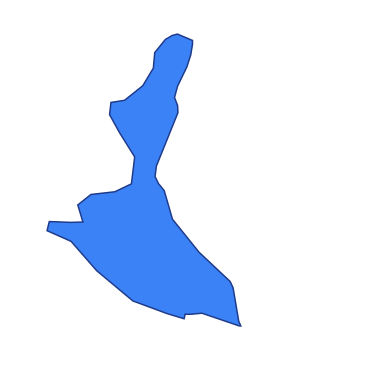 map outline of Engures (Equal Earth projection), rotated 36°
{"feature_id": "LVA-5759", "entity_name": "Engures", "entity_type": "Municipality", "adm_level": 1, "iso_a3": "LVA", "parent_name": "Latvia", "parent_adm1": "", "projection": "equal_earth", "projection_center": [23.268, 57.115], "detail": "fine", "context": "isolated", "style": "filled", "palette": "blue", "viewbox_px": 384, "rotation_deg": 36, "n_neighbors": 0, "source": "natural_earth", "source_scale": "10m", "svg_char_len": 726}
<svg xmlns="http://www.w3.org/2000/svg" viewBox="0 0 384 384"><g transform="rotate(36 192 192)"><path d="M103.3,69.1L105.5,72.0L110.4,81.8L114.3,93.7L118.1,114.8L122.3,125.8L129.6,130.6L134.0,136.1L147.9,191.8L153.0,201.2L159.9,204.9L168.7,207.2L192.2,225.5L233.1,236.6L275.5,242.0L281.6,245.4L305.8,269.1L310.2,271.7L308.9,272.6L271.3,284.2L263.4,291.2L258.2,295.0L259.1,296.7L260.1,299.2L242.7,305.2L208.2,314.9L161.2,311.7L123.2,303.0L97.5,308.5L93.9,299.8L111.7,287.9L121.4,280.4L107.2,269.6L111.7,253.4L129.4,237.2L138.2,221.0L125.0,197.3L98.5,186.6L79.9,177.9L73.8,167.2L83.5,157.5L89.7,134.9L87.9,114.5L79.9,101.1L80.8,84.2L83.9,77.1L87.4,72.8L103.3,69.1Z" fill="#3b82f6" stroke="#1e3a8a" stroke-width="1.5"/></g></svg>